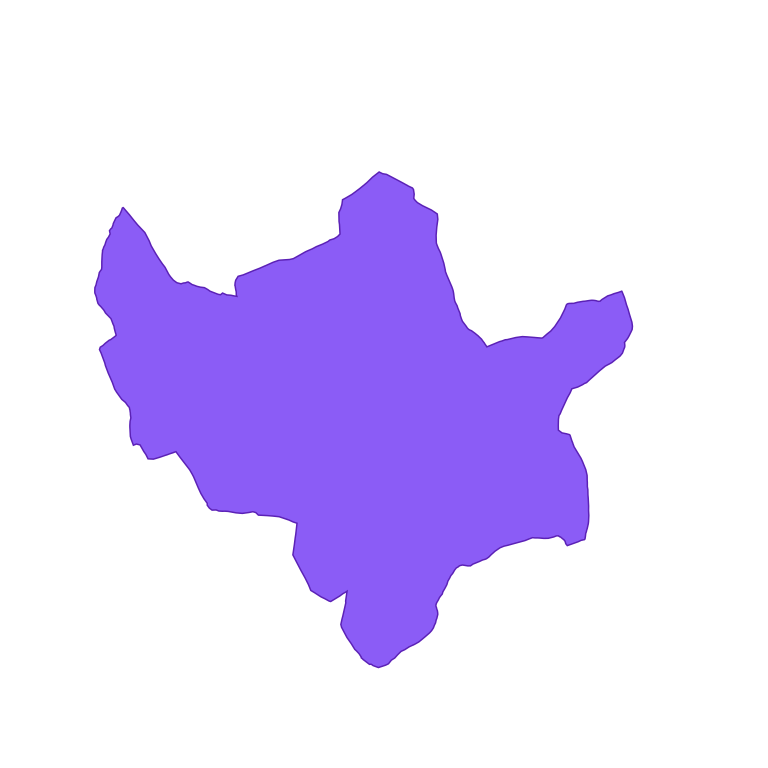 outline of Dodoma Urban, Dodoma, United Republic of Tanzania, rotated 248°
{"feature_id": "72390352B24669678050336", "entity_name": "Dodoma Urban", "entity_type": "district", "adm_level": 2, "iso_a3": "TZA", "parent_name": "United Republic of Tanzania", "parent_adm1": "Dodoma", "projection": "orthographic", "projection_center": [35.794, -6.146], "detail": "fine", "context": "isolated", "style": "filled", "palette": "violet", "viewbox_px": 768, "rotation_deg": 248, "n_neighbors": 0, "source": "geoboundaries", "source_scale": "gbopen_adm2", "svg_char_len": 6075}
<svg xmlns="http://www.w3.org/2000/svg" viewBox="0 0 768 768"><g transform="rotate(248 384 384)"><path d="M329.4,621.7L331.7,622.4L332.4,622.5L334.9,626.8L336.7,629.1L340.0,632.8L341.6,634.5L344.5,636.0L348.4,637.0L356.6,637.7L361.9,638.3L366.6,638.5L373.9,639.3L380.5,639.3L381.0,639.2L381.1,635.7L381.6,631.1L381.6,628.0L381.9,624.4L380.7,617.7L379.8,615.2L380.3,614.1L380.3,613.7L381.9,611.7L383.0,609.8L383.9,607.8L384.5,605.6L385.5,601.3L386.1,599.5L386.6,597.1L387.3,594.0L387.7,590.2L389.3,586.0L389.6,584.6L389.4,583.3L388.9,582.6L385.7,579.7L379.2,572.4L373.3,563.8L370.6,558.4L369.3,554.0L367.9,550.0L367.4,548.6L367.5,547.4L369.0,544.4L370.9,540.7L373.8,534.9L376.1,530.1L377.7,523.7L379.0,514.9L379.6,513.0L379.7,509.5L380.0,507.1L379.9,493.3L382.3,492.8L384.1,492.4L384.5,492.4L386.1,491.9L389.1,491.2L391.5,490.1L393.4,489.3L397.2,487.2L400.6,485.1L402.0,483.7L403.1,482.9L404.8,482.2L406.5,481.9L412.8,480.2L415.3,480.2L418.7,480.4L420.8,480.9L426.9,480.9L429.1,481.1L432.9,480.7L434.5,480.7L437.5,481.3L441.9,482.5L444.3,483.0L446.3,483.2L448.9,483.3L462.0,483.0L463.7,483.1L464.2,483.0L465.2,483.1L466.7,483.5L473.6,484.7L482.7,485.4L485.2,485.5L487.9,485.3L489.2,485.2L492.7,485.2L495.0,485.3L502.3,488.0L509.7,491.7L516.5,495.6L521.7,497.1L527.6,493.1L534.9,486.5L539.7,482.9L542.6,481.7L544.9,481.1L548.7,483.1L553.3,484.2L555.1,483.8L558.2,480.9L562.7,477.3L570.2,471.0L577.4,464.9L579.5,461.5L582.4,458.9L580.1,450.9L577.0,443.3L574.3,434.7L571.8,425.2L570.7,417.6L570.4,414.6L566.3,412.3L562.7,409.4L559.9,406.4L551.5,403.2L548.6,402.5L539.5,399.4L539.1,398.4L538.4,396.9L538.0,395.6L537.4,392.1L537.8,387.6L537.1,385.5L536.7,379.4L536.7,372.7L536.2,368.2L536.1,363.4L536.0,360.8L535.0,353.4L534.2,346.9L534.8,343.1L538.1,333.0L538.1,332.9L538.4,326.9L538.1,319.0L538.0,318.4L538.1,317.9L537.9,312.4L538.0,305.2L537.9,294.3L538.5,289.1L535.8,285.4L533.8,284.0L531.3,282.7L530.7,282.7L527.2,281.9L524.8,281.5L521.9,280.4L520.4,280.4L521.5,278.5L523.6,275.4L525.5,271.6L528.8,268.4L528.0,265.9L529.3,263.8L535.2,257.5L537.7,255.9L540.6,253.6L542.6,250.0L544.7,247.1L546.3,245.4L548.4,243.0L549.2,242.6L552.0,240.6L552.2,239.6L552.2,237.7L552.7,236.2L552.9,234.4L552.9,233.4L555.4,230.0L555.8,229.7L559.2,227.6L560.1,227.3L563.4,226.2L566.4,225.5L574.2,224.7L577.2,223.9L577.7,223.7L578.2,223.6L579.0,223.4L584.5,222.2L590.7,221.1L599.3,219.9L604.7,219.9L614.0,219.0L623.7,215.2L629.0,213.5L636.4,211.3L645.0,208.4L645.3,208.2L645.1,207.2L643.8,206.2L641.5,204.0L639.6,202.0L638.9,200.3L638.5,197.8L634.3,193.2L632.8,192.2L630.6,190.1L630.1,188.6L629.0,186.9L625.7,186.3L623.3,183.4L621.9,181.1L619.5,178.9L618.3,178.0L617.3,177.1L615.9,175.4L614.5,174.3L613.4,173.1L612.4,172.7L609.6,171.2L606.4,169.7L602.9,168.1L598.2,166.2L596.1,165.1L595.3,163.7L594.0,161.8L590.2,159.3L586.6,156.1L583.6,154.0L581.7,152.1L578.6,150.7L576.7,150.0L574.1,150.0L571.2,149.8L570.5,149.5L565.8,149.0L563.3,149.7L562.6,150.2L557.5,151.9L554.1,152.4L547.0,155.3L544.5,155.3L541.1,155.2L538.7,155.3L536.7,154.8L533.1,154.3L529.8,154.0L529.7,153.8L529.3,153.7L528.6,151.3L527.5,147.1L527.6,145.8L526.2,140.9L525.0,137.9L524.4,134.7L522.5,133.1L518.8,133.3L508.2,133.0L505.4,132.6L497.4,132.4L487.4,132.7L480.2,132.4L476.6,133.0L468.0,135.1L463.7,137.4L459.9,138.3L457.7,139.1L455.7,138.7L455.1,138.7L453.2,138.2L452.2,138.0L450.6,137.4L447.4,136.6L444.5,134.6L440.9,132.9L439.4,132.3L430.4,129.2L427.6,128.9L421.1,128.7L421.1,131.9L418.9,135.0L411.4,136.0L407.9,136.8L403.0,137.2L400.7,142.1L400.1,148.4L399.2,165.7L391.9,167.6L385.1,169.5L377.2,171.7L372.2,172.4L369.2,172.7L357.1,172.9L351.0,173.2L344.9,174.1L339.6,175.4L337.8,174.7L334.3,175.6L331.5,177.3L330.1,181.2L328.1,183.3L326.6,186.4L325.7,188.8L324.3,191.7L320.0,198.5L317.1,204.2L315.5,210.5L314.7,214.6L312.8,217.0L309.5,218.4L305.7,226.5L303.1,231.7L300.2,237.1L293.4,245.0L290.2,248.0L287.5,251.2L277.9,246.0L274.7,244.1L268.8,240.8L259.7,235.5L253.0,236.1L241.8,237.2L233.7,238.2L226.2,238.8L220.0,238.8L216.7,241.3L210.3,245.8L207.1,248.7L203.3,251.8L202.3,253.1L204.0,263.6L205.0,267.4L205.4,270.6L205.7,272.1L197.1,267.1L195.4,266.6L184.3,258.9L181.9,257.1L177.2,253.9L175.5,253.7L174.4,253.5L162.8,254.7L155.4,256.4L148.9,257.5L146.8,258.5L143.7,259.7L143.1,259.9L139.4,260.6L138.7,260.3L137.3,261.1L136.4,261.4L131.7,264.2L129.5,265.5L129.3,266.3L128.8,267.3L127.0,268.4L123.2,272.6L122.7,280.1L122.9,283.3L125.2,287.4L125.9,291.3L127.8,295.1L129.7,299.7L129.9,303.7L130.9,309.0L131.2,315.1L131.8,319.7L134.3,327.6L136.2,333.1L137.5,335.8L139.4,338.5L141.3,340.2L143.2,342.3L145.7,344.0L146.8,345.1L150.3,347.6L152.2,348.2L153.9,348.6L155.4,348.6L157.1,348.9L158.3,348.9L159.6,349.3L161.3,350.7L163.6,353.7L165.1,355.3L166.4,357.4L167.4,359.3L169.3,360.8L171.6,363.8L174.4,367.1L177.3,369.4L179.4,372.1L181.3,374.2L182.6,376.7L185.1,379.9L186.4,382.2L186.6,384.1L187.2,386.0L186.8,388.9L183.9,393.7L183.0,396.1L183.7,399.0L183.7,406.1L183.9,409.5L183.6,412.0L183.6,413.5L184.3,416.4L185.6,419.4L187.4,424.4L188.7,430.3L188.7,434.5L188.1,438.3L187.4,444.5L186.0,456.1L186.0,460.5L185.9,464.1L184.7,466.4L183.8,468.7L182.8,470.8L180.9,474.5L179.4,478.5L178.6,484.1L178.6,486.9L177.9,488.8L176.6,489.6L176.1,490.3L174.2,491.3L173.6,491.6L172.0,492.6L171.3,492.6L170.5,493.0L167.8,492.7L165.5,493.4L165.0,505.0L165.2,508.1L164.8,510.6L164.6,511.4L165.0,512.3L167.5,513.8L169.8,515.0L171.4,516.4L172.2,516.9L173.9,518.3L177.8,521.0L179.6,522.0L184.6,524.3L185.5,524.7L189.9,526.2L194.2,528.0L201.7,530.6L204.9,531.6L209.6,533.4L212.7,534.1L216.4,535.6L219.1,536.5L221.1,537.3L223.3,538.1L229.0,539.0L237.9,539.0L241.5,538.8L254.5,536.7L257.0,536.8L258.0,536.8L258.6,536.9L261.1,536.9L266.7,537.3L267.2,537.2L267.6,537.0L269.5,534.5L272.0,530.7L275.9,528.4L280.1,530.0L285.7,532.4L289.2,534.4L290.4,536.2L292.8,538.5L302.6,548.9L306.1,553.3L309.2,556.4L308.6,562.5L309.0,567.9L309.4,570.0L309.4,572.3L310.9,576.1L315.6,589.1L317.7,595.8L318.5,603.2L319.8,607.4L321.5,613.4L323.3,616.6L323.7,617.0L326.3,619.3L327.7,620.7L328.2,621.1L329.4,621.7Z" fill="#8b5cf6" stroke="#5b21b6" stroke-width="1.5"/></g></svg>